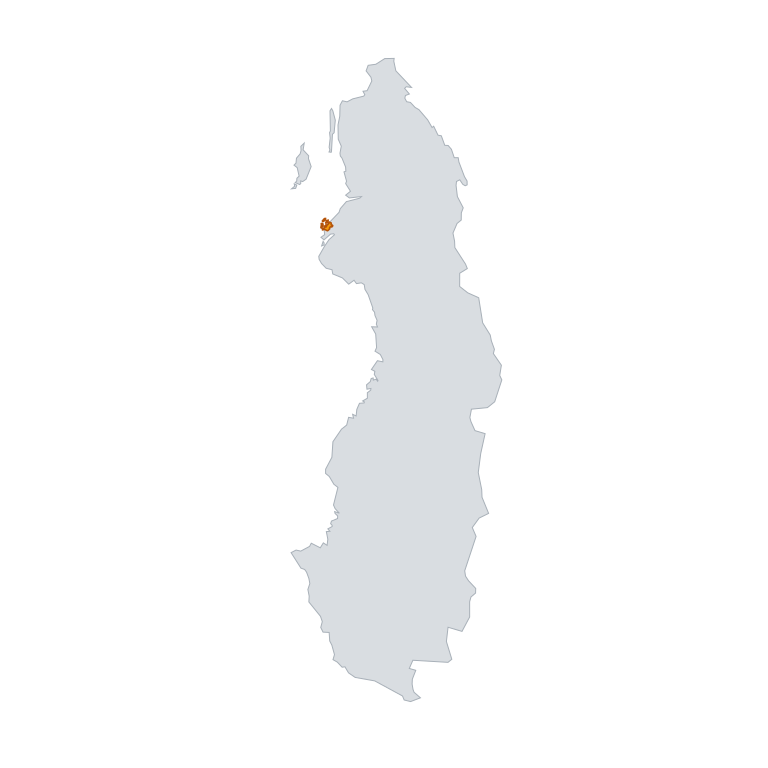 Haninge, Stockholm, Sweden (highlighted), rotated 164°
{"feature_id": "70781695B75191882374760", "entity_name": "Haninge", "entity_type": "district", "adm_level": 2, "iso_a3": "SWE", "parent_name": "Sweden", "parent_adm1": "Stockholm", "projection": "mercator", "projection_center": [18.21, 59.063], "detail": "fine", "context": "in_parent", "style": "filled", "palette": "amber", "viewbox_px": 768, "rotation_deg": 164, "n_neighbors": 0, "source": "geoboundaries", "source_scale": "gbopen_adm2", "svg_char_len": 7108}
<svg xmlns="http://www.w3.org/2000/svg" viewBox="0 0 768 768"><g transform="rotate(164 384 384)"><path d="M253.2,554.2L254.9,559.4L258.5,558.7L260.0,555.0L261.8,543.9L259.3,531.5L262.5,527.2L264.6,520.3L269.5,518.2L276.1,510.1L276.8,501.8L278.3,495.6L272.6,476.8L272.1,472.0L280.7,469.6L284.4,456.9L278.4,448.6L269.2,440.8L272.3,415.6L268.4,401.8L268.9,395.9L268.3,386.9L270.5,383.1L266.0,369.7L270.4,360.3L269.6,355.5L282.5,336.4L291.1,332.8L306.9,335.7L310.7,328.1L310.8,323.9L309.4,314.1L300.5,308.4L310.2,290.5L317.8,272.9L319.2,255.5L321.0,248.1L319.1,230.8L329.5,228.9L338.7,221.7L337.5,212.1L357.9,182.2L358.6,176.8L357.0,171.6L352.2,162.2L353.6,157.8L359.1,155.3L361.7,151.1L365.9,136.4L377.2,124.7L389.5,132.5L395.0,119.3L394.7,100.7L399.2,98.8L432.4,110.5L438.1,103.6L432.4,100.0L438.1,92.5L439.7,87.8L440.3,82.3L440.1,79.4L435.5,72.3L446.0,71.4L451.7,74.7L452.2,79.0L474.8,101.2L492.6,109.9L497.7,116.1L499.5,122.9L502.3,123.3L505.6,129.6L509.0,133.1L506.2,137.5L506.1,147.4L507.0,151.9L505.2,160.3L511.0,162.3L511.9,167.4L508.8,172.6L509.1,178.2L516.3,195.2L514.4,200.7L513.8,207.5L510.3,212.6L509.8,217.8L510.3,224.5L511.4,227.6L514.6,229.9L519.8,247.5L514.3,248.6L510.1,246.3L500.3,248.4L497.8,251.0L490.4,244.1L486.1,248.0L483.2,244.6L480.8,250.2L480.1,258.0L476.6,257.3L477.9,260.2L473.1,261.3L472.8,262.5L473.8,264.4L472.3,266.7L465.7,267.5L464.9,270.0L466.7,273.0L466.6,274.9L462.5,272.1L465.3,277.6L465.9,281.6L456.8,297.3L459.8,301.4L462.1,310.2L464.8,314.1L463.6,318.2L454.3,327.9L449.0,342.6L437.3,352.3L431.2,354.8L427.2,361.7L422.7,359.5L422.5,363.5L419.6,361.0L417.1,367.1L412.9,372.2L408.3,371.3L407.8,372.2L409.2,373.6L403.9,374.9L402.4,380.2L398.5,381.7L397.8,383.3L401.8,383.7L401.0,388.0L396.5,390.1L394.8,392.8L392.8,392.8L393.2,390.7L390.3,390.8L389.3,388.4L388.8,389.0L390.7,395.9L389.3,398.7L392.1,401.4L383.9,408.2L379.0,405.6L378.3,407.7L379.4,413.4L383.6,418.0L381.1,421.0L378.2,434.3L380.1,442.4L374.5,440.6L374.9,443.6L373.1,447.1L373.8,452.3L373.3,455.6L374.6,458.7L373.8,460.1L374.6,474.2L376.2,480.2L375.6,485.0L377.9,487.5L382.8,488.1L384.2,492.0L390.4,489.7L394.7,497.4L402.9,503.9L402.5,508.2L407.7,511.2L410.8,517.0L412.0,521.7L411.5,524.7L403.4,532.6L397.1,537.9L390.5,541.1L390.9,542.3L394.1,542.8L401.9,539.1L404.2,542.4L399.9,543.9L399.1,548.4L397.2,551.3L379.9,561.4L377.7,564.6L369.9,569.7L356.1,569.3L354.0,570.4L366.0,572.4L368.8,576.1L363.1,578.5L365.6,587.2L364.1,589.3L364.0,598.9L362.0,599.1L361.1,603.1L362.1,612.6L363.1,615.2L362.7,618.0L359.5,624.4L360.5,631.9L356.8,645.7L352.7,653.6L349.4,664.1L345.9,667.7L341.7,665.4L335.5,666.7L324.1,666.3L322.7,667.4L323.5,671.2L319.4,670.6L312.2,678.6L312.0,682.5L314.9,689.9L311.4,694.7L303.7,693.6L293.6,696.6L284.5,694.2L285.6,691.6L286.3,681.8L275.8,661.5L280.7,663.6L282.7,662.5L279.7,655.8L283.9,655.4L285.2,653.0L284.4,649.1L281.0,647.4L277.9,641.3L274.8,638.1L269.2,625.8L267.1,617.3L265.2,618.1L263.5,608.3L260.5,606.8L259.8,596.7L256.6,595.6L254.5,591.0L254.1,582.2L250.3,581.1L250.8,576.8L249.5,561.1L248.2,556.2L249.2,552.5L251.3,552.2L253.2,554.2ZM413.8,602.1L412.0,603.1L411.0,605.8L408.3,607.2L407.8,615.9L410.2,619.2L407.7,620.6L405.9,625.2L401.2,628.3L399.4,631.2L398.4,635.4L394.3,637.6L397.2,631.4L393.5,624.1L394.5,621.5L394.1,613.1L402.5,602.3L406.4,601.0L408.1,602.2L408.8,599.6L410.1,599.0L413.8,602.1ZM360.6,661.5L358.5,663.3L357.9,660.7L358.1,651.0L362.7,639.3L364.7,638.3L370.3,622.3L370.9,621.3L372.9,622.2L371.5,623.8L371.5,626.6L368.0,635.1L367.0,640.7L365.8,642.0L360.6,661.5ZM415.4,598.7L415.1,601.2L413.0,599.2L415.0,596.4L419.1,597.1L415.4,598.7ZM405.9,533.9L403.2,537.9L402.7,536.2L403.2,534.2L405.9,533.9ZM400.0,554.5L398.6,554.8L399.6,552.1L401.4,551.5L400.0,554.5Z" fill="#d9dde1" stroke="#a8b0b8" stroke-width="1"/><path d="M391.3,554.2L391.6,554.3L391.7,554.6L391.8,554.7L392.0,554.7L392.1,554.4L392.1,554.1L392.3,553.9L392.5,553.7L392.9,553.7L393.1,553.7L393.3,553.6L393.4,553.4L393.5,553.2L393.6,552.9L393.8,552.8L394.1,552.7L394.3,552.7L394.7,552.4L394.8,552.4L395.0,552.3L395.1,552.2L395.3,552.2L395.5,552.1L395.8,551.8L395.8,551.6L395.7,551.5L395.7,551.4L395.8,551.2L396.0,551.0L396.3,551.0L396.5,550.9L396.6,551.0L396.8,551.2L396.8,551.3L396.6,551.4L396.6,551.5L396.4,551.5L396.2,551.6L396.0,551.9L396.1,552.0L396.1,552.3L395.9,552.4L395.8,552.5L395.7,552.6L395.5,552.8L395.6,553.0L395.8,553.2L396.0,553.0L396.1,552.8L396.2,552.7L396.4,552.6L396.5,552.6L396.9,552.4L397.2,552.3L397.4,552.3L397.7,552.2L397.8,552.1L398.0,551.9L398.0,551.7L397.9,551.6L397.6,551.6L397.4,551.6L397.2,551.6L397.1,551.4L397.3,551.2L397.5,551.0L397.6,550.9L397.8,550.9L398.1,550.7L398.4,550.6L398.5,550.7L398.8,550.6L399.0,550.4L399.2,550.2L399.3,550.2L399.4,550.3L399.5,550.4L399.6,550.5L399.9,550.4L400.1,550.3L400.2,550.2L400.4,549.9L400.5,549.7L400.7,549.3L400.7,549.1L400.4,549.0L400.2,549.1L399.9,549.2L399.7,549.1L399.2,548.9L399.1,549.0L398.9,549.0L398.7,549.2L398.4,549.1L398.2,549.0L398.1,548.9L398.0,548.7L397.9,548.6L397.7,548.5L397.6,548.4L397.5,548.2L397.4,548.0L397.4,547.9L397.1,547.7L396.8,547.4L396.7,547.3L396.6,547.2L396.4,547.1L396.2,546.9L395.8,546.9L395.7,547.0L395.4,547.1L395.2,547.1L394.9,547.3L394.6,547.4L394.5,547.5L394.4,547.6L394.2,547.7L394.0,547.8L393.9,547.9L393.7,548.0L393.4,548.1L393.3,548.3L393.4,548.5L393.5,548.7L393.5,548.8L393.3,549.0L393.2,549.1L393.2,549.3L393.1,549.5L392.9,549.6L392.7,549.6L392.4,549.6L392.3,549.8L392.2,549.8L391.9,549.9L391.7,549.8L391.5,549.7L391.4,549.7L391.2,549.4L390.9,549.3L390.7,549.4L390.6,549.5L390.4,549.6L390.2,549.7L390.2,549.8L389.9,550.0L389.7,550.1L389.6,550.3L389.7,550.7L390.0,551.1L390.3,551.0L390.6,551.0L390.8,551.4L390.8,551.6L390.8,552.3L390.4,552.8L390.4,553.5L390.8,553.8L391.2,554.0L391.3,554.1L391.3,554.2ZM400.4,553.8L400.5,553.7L400.9,553.3L400.9,553.2L400.9,552.9L400.9,552.7L401.0,552.6L401.3,552.4L401.4,552.2L401.5,552.1L401.5,551.8L401.5,551.7L401.4,551.6L401.3,551.4L401.2,551.2L400.9,551.3L400.6,551.6L400.3,552.0L400.1,552.2L400.1,552.3L399.8,552.4L399.4,552.6L399.1,552.7L399.2,552.8L399.3,552.9L399.2,553.1L399.0,553.4L398.8,553.6L398.7,553.7L398.7,553.8L398.8,553.9L398.8,554.0L398.9,553.9L399.0,553.9L399.1,554.0L398.9,554.3L398.7,554.6L398.7,554.8L398.7,555.0L398.8,555.2L399.0,555.3L399.3,555.4L399.5,555.2L399.6,555.3L399.7,555.5L399.8,555.6L400.0,555.6L400.2,555.4L400.3,555.3L400.3,555.2L400.3,554.7L400.3,554.2L400.4,553.8ZM396.0,559.3L396.8,558.8L397.5,558.3L398.3,557.8L398.3,557.2L397.9,556.9L396.4,557.3L395.6,557.8L394.7,558.4L394.5,559.3L395.2,559.5L396.0,559.3ZM395.7,554.8L395.6,554.7L395.4,554.7L395.1,554.6L394.9,554.6L394.6,554.6L394.3,554.8L394.0,554.8L393.8,554.8L393.5,554.8L393.4,554.9L393.2,555.0L393.1,555.3L393.1,555.7L393.1,555.9L392.9,556.1L392.7,556.3L392.6,556.5L392.5,556.9L392.5,557.0L392.8,557.0L393.0,556.9L393.1,556.7L393.3,556.7L393.5,556.7L393.6,556.8L393.9,556.9L394.1,556.8L394.4,556.8L394.4,556.7L394.3,556.4L394.3,556.2L394.4,555.9L394.5,555.9L394.7,556.0L394.8,556.0L394.8,555.9L394.8,555.7L394.9,555.4L395.0,555.3L395.0,555.2L395.3,555.1L395.6,555.1L395.7,554.9L395.7,554.8Z" fill="#f59e0b" stroke="#b45309" stroke-width="1.5"/></g></svg>